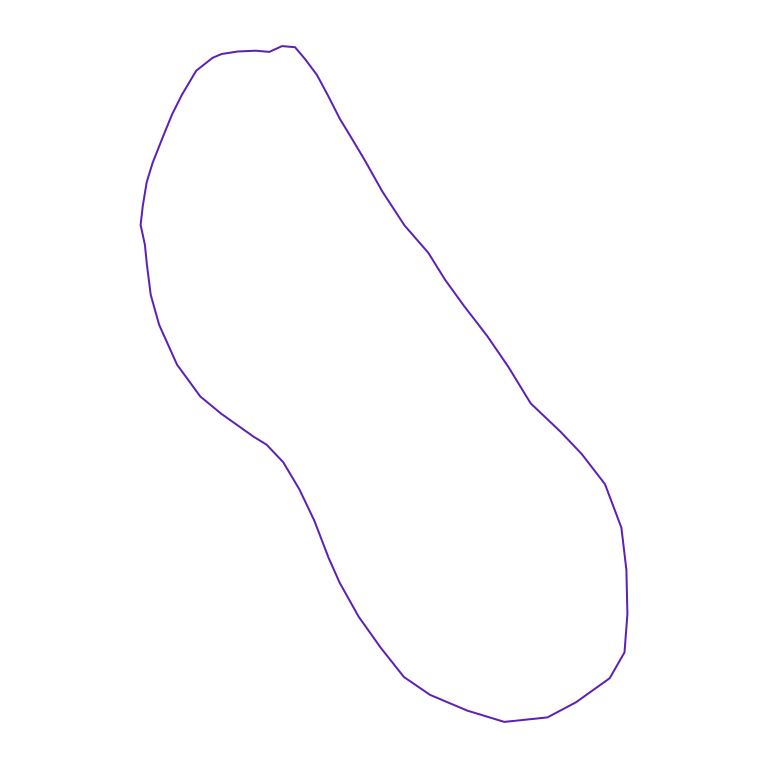 Foammulah, Maldives
{"feature_id": "70690204B71388549423545", "entity_name": "Foammulah", "entity_type": "district", "adm_level": 2, "iso_a3": "MDV", "parent_name": "Maldives", "parent_adm1": "", "projection": "equal_earth", "projection_center": [73.424, -0.376], "detail": "fine", "context": "isolated", "style": "outline", "palette": "violet", "viewbox_px": 768, "rotation_deg": 0, "n_neighbors": 0, "source": "geoboundaries", "source_scale": "gbopen_adm2", "svg_char_len": 835}
<svg xmlns="http://www.w3.org/2000/svg" viewBox="0 0 768 768"><path d="M504.3,721.9L547.4,717.4L576.1,702.2L609.7,678.2L624.5,652.4L627.4,614.1L626.4,569.9L621.4,527.7L605.0,484.2L581.7,454.0L560.4,431.6L530.7,403.4L508.5,367.1L487.2,336.0L463.9,305.8L445.1,279.8L428.3,252.8L404.4,225.3L382.4,191.6L364.8,160.3L352.7,140.0L339.9,118.9L327.8,95.2L316.9,74.9L304.9,58.9L295.0,47.2L282.0,46.1L269.3,51.9L255.7,50.7L237.7,51.5L221.6,54.0L212.6,57.8L196.2,70.7L181.9,94.8L172.1,114.3L162.4,138.1L152.6,162.9L146.7,182.2L142.8,205.8L140.6,225.0L144.9,244.7L146.8,263.7L150.7,294.7L159.1,324.7L177.0,364.6L200.3,396.5L221.3,413.8L253.6,436.7L266.6,444.7L283.2,462.2L299.3,489.2L314.3,520.6L328.7,558.1L339.7,582.8L358.6,616.6L380.7,647.7L403.9,677.0L430.1,694.9L467.2,710.6L504.3,721.9Z" fill="none" stroke="#5b21b6" stroke-width="2"/></svg>